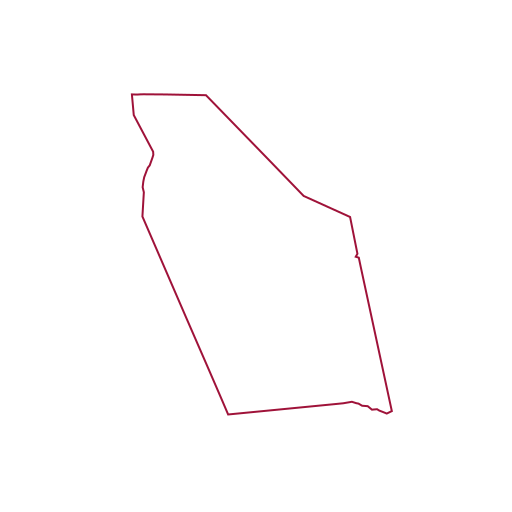 Pedro Avelino, Rio Grande do Norte, Brazil (Equal Earth projection), rotated 331°
{"feature_id": "56859067B85283372210040", "entity_name": "Pedro Avelino", "entity_type": "district", "adm_level": 2, "iso_a3": "BRA", "parent_name": "Brazil", "parent_adm1": "Rio Grande do Norte", "projection": "equal_earth", "projection_center": [-36.335, -5.465], "detail": "fine", "context": "isolated", "style": "outline", "palette": "rose", "viewbox_px": 512, "rotation_deg": 331, "n_neighbors": 0, "source": "geoboundaries", "source_scale": "gbopen_adm2", "svg_char_len": 756}
<svg xmlns="http://www.w3.org/2000/svg" viewBox="0 0 512 512"><g transform="rotate(331 256 256)"><path d="M154.8,381.1L253.7,424.0L260.9,427.1L269.2,430.0L272.3,433.3L274.1,434.8L276.2,438.4L280.9,441.5L282.9,446.6L287.6,448.7L288.9,451.0L291.5,454.1L294.0,457.2L299.6,457.5L322.2,382.8L331.4,352.4L342.5,315.7L345.1,307.3L342.9,305.0L345.8,303.2L357.2,267.5L326.8,226.6L314.3,180.0L290.2,91.1L257.7,72.3L254.4,70.4L240.4,62.5L235.8,59.9L233.3,58.6L231.2,57.6L228.3,56.0L225.8,54.5L217.4,73.5L216.6,114.9L215.2,117.8L213.1,119.8L207.0,125.2L204.3,126.3L201.8,128.3L199.0,130.7L196.4,132.9L193.5,136.3L190.2,140.9L188.8,145.9L180.8,158.5L175.8,166.4L165.0,276.5L159.9,329.8L156.6,363.5L154.8,381.1Z" fill="none" stroke="#9f1239" stroke-width="2"/></g></svg>